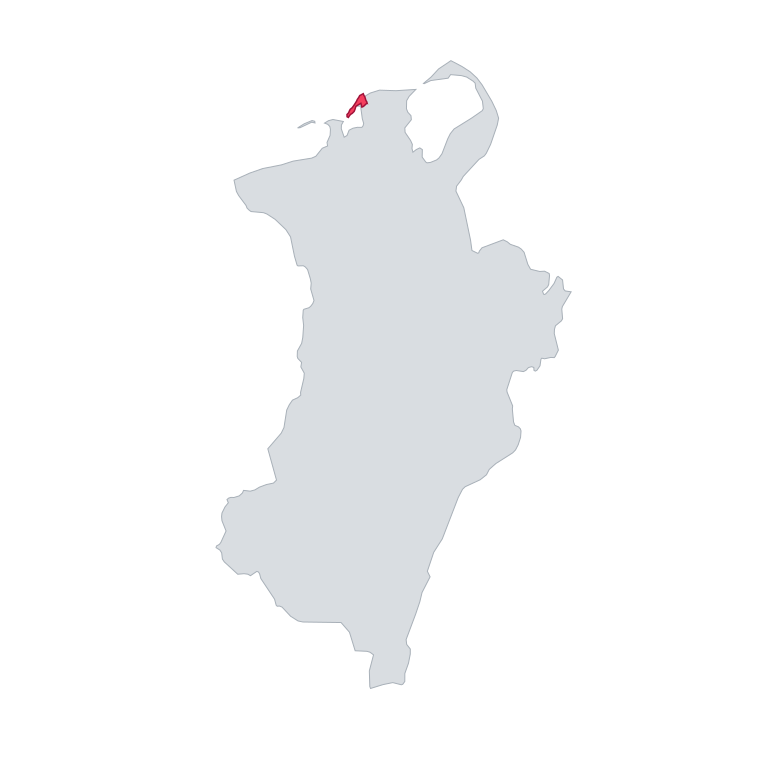 Avaza, Balkan, Turkmenistan (highlighted), rotated 75°
{"feature_id": "10190150B47051626377462", "entity_name": "Avaza", "entity_type": "district", "adm_level": 2, "iso_a3": "TKM", "parent_name": "Turkmenistan", "parent_adm1": "Balkan", "projection": "mercator", "projection_center": [52.922, 39.907], "detail": "fine", "context": "in_parent", "style": "filled", "palette": "rose", "viewbox_px": 768, "rotation_deg": 75, "n_neighbors": 0, "source": "geoboundaries", "source_scale": "gbopen_adm2", "svg_char_len": 4293}
<svg xmlns="http://www.w3.org/2000/svg" viewBox="0 0 768 768"><g transform="rotate(75 384 384)"><path d="M234.4,261.3L267.6,263.2L277.8,264.5L282.0,259.7L281.8,258.5L280.3,257.5L277.8,254.1L275.6,231.5L278.5,228.2L281.8,225.8L286.6,218.7L289.2,216.5L293.0,214.6L305.7,214.1L311.1,212.7L315.6,204.5L316.6,199.7L320.0,195.9L322.0,196.0L330.6,199.2L332.5,200.9L335.4,206.9L338.6,206.6L339.1,205.6L338.7,204.3L336.3,200.5L330.9,193.7L325.6,189.4L325.1,188.0L329.7,184.6L338.7,186.0L341.0,184.9L343.4,179.4L355.4,191.7L357.7,192.9L367.2,194.6L368.9,196.3L372.1,203.3L375.3,205.2L379.4,206.5L396.4,206.8L401.7,211.5L402.6,212.7L401.5,216.0L401.2,222.4L399.9,224.9L400.7,226.0L406.8,228.6L410.3,232.7L410.7,234.5L409.7,235.6L406.8,235.0L405.5,236.9L405.5,240.2L407.5,243.3L408.1,246.1L405.2,252.7L405.1,255.4L406.0,257.0L421.3,266.9L423.7,267.2L438.5,265.4L441.3,266.5L454.2,268.7L457.8,268.3L460.2,265.2L462.6,263.9L464.8,263.8L470.9,265.9L477.4,270.1L481.7,274.0L483.8,277.5L489.8,296.6L493.7,304.4L498.2,308.5L501.4,315.9L504.2,332.1L506.0,335.4L512.9,341.7L548.7,367.8L559.4,379.5L576.1,390.6L582.2,389.4L595.2,401.2L603.5,405.7L614.2,412.8L636.6,428.8L641.4,429.5L646.8,427.2L651.6,428.5L660.0,432.6L669.0,438.8L676.7,440.9L678.9,443.6L679.0,445.1L674.7,452.8L674.1,462.7L674.6,475.8L672.5,476.0L657.3,472.4L642.9,464.2L639.5,466.9L637.8,469.6L634.2,480.9L614.8,481.6L603.3,487.2L592.9,523.9L590.6,528.4L584.2,534.3L573.1,540.2L571.4,542.5L571.0,544.7L569.7,545.4L563.5,545.4L540.1,553.3L535.0,553.3L533.0,554.0L532.1,555.4L534.6,562.6L532.5,564.7L531.0,568.3L529.9,574.5L514.5,584.3L511.3,585.4L505.1,584.5L501.9,585.5L498.6,588.6L497.1,587.7L496.3,584.5L494.7,582.5L485.1,574.6L474.1,575.9L470.0,575.2L466.7,573.9L461.6,569.4L458.4,565.1L455.0,565.6L454.0,563.6L453.9,561.2L454.8,558.3L454.6,552.8L452.6,548.9L450.4,547.2L452.9,540.9L452.9,536.2L451.4,531.0L450.7,523.6L451.1,516.4L449.0,512.7L416.5,513.0L404.9,496.0L400.2,491.9L384.0,484.7L379.6,480.9L375.9,476.6L374.9,470.8L373.2,467.3L370.6,466.8L357.9,460.0L352.9,458.2L346.0,459.9L341.8,458.0L337.0,460.6L335.0,460.7L329.7,459.1L323.4,453.0L318.0,450.4L306.7,446.5L298.8,445.3L291.8,442.9L291.1,442.0L290.9,436.7L289.9,434.6L287.9,432.0L285.2,430.0L273.2,430.2L267.7,428.2L263.3,427.9L253.7,428.2L250.6,429.7L248.9,431.3L247.7,436.5L246.7,437.2L237.4,437.4L217.7,436.2L209.5,438.8L196.7,446.6L189.4,453.2L187.3,456.1L183.0,467.8L181.0,469.4L178.5,470.8L176.0,471.0L164.4,475.6L159.8,476.7L148.3,476.1L145.5,458.9L144.5,445.3L145.8,426.3L145.2,414.1L147.1,395.4L146.4,390.9L140.3,382.6L139.5,376.9L135.9,376.5L129.9,371.7L124.1,369.8L121.2,369.7L118.6,371.1L116.6,373.9L115.3,369.5L115.3,364.9L119.9,355.3L122.8,358.1L126.4,359.2L135.3,358.6L134.4,355.4L129.8,352.0L128.9,347.7L129.2,343.2L130.4,339.0L129.1,337.3L127.0,336.2L122.2,336.3L109.6,334.7L108.1,339.7L111.6,346.3L105.9,338.8L102.0,331.1L99.4,322.0L99.0,312.3L103.8,296.5L107.7,277.0L112.6,285.2L116.2,288.8L124.0,291.1L127.8,290.6L131.8,288.5L135.8,289.2L142.0,297.6L146.4,298.5L155.6,295.3L159.9,294.6L163.7,296.0L167.6,296.1L165.9,292.1L165.2,288.3L167.5,286.3L174.7,288.4L180.4,286.2L181.5,285.2L182.0,281.8L181.2,275.2L179.9,272.4L176.6,268.4L163.7,259.0L159.4,255.2L155.8,250.3L149.9,230.8L145.4,218.3L143.7,216.8L136.2,215.7L122.0,218.8L117.0,218.1L114.6,219.5L108.9,224.7L106.2,229.3L102.4,239.6L105.2,242.9L103.0,260.2L104.3,267.5L103.9,268.1L99.6,258.9L93.8,249.7L89.0,235.7L97.5,226.5L104.7,220.0L112.4,215.1L120.5,211.8L138.7,206.7L148.8,204.8L156.9,204.5L163.2,207.6L180.1,219.0L187.5,225.4L189.6,228.0L191.6,234.1L204.0,253.7L206.9,256.5L211.7,262.7L216.3,264.6L234.4,261.3ZM114.7,398.7L114.3,401.2L112.0,393.7L110.9,385.3L112.3,382.9L114.0,383.1L112.4,386.1L114.7,398.7Z" fill="#d9dde1" stroke="#a8b0b8" stroke-width="1"/><path d="M100.1,328.7L98.2,328.9L99.1,332.8L100.7,334.3L102.3,336.2L103.7,337.3L105.3,339.0L107.1,341.0L108.9,343.2L109.9,345.5L111.3,346.8L112.9,348.0L114.1,350.0L116.3,350.5L117.3,349.4L116.5,348.6L115.0,346.7L114.3,344.5L113.0,342.3L111.3,341.0L108.5,339.3L107.4,335.6L106.9,333.7L110.8,333.7L110.6,332.2L109.9,330.7L109.5,330.0L109.1,329.3L108.5,328.0L108.1,327.8L108.3,327.6L107.8,327.6L106.9,327.6L105.7,328.0L105.4,328.1L105.1,328.1L101.4,328.2L100.2,328.7L100.1,328.7Z" fill="#f43f5e" stroke="#9f1239" stroke-width="1.5"/></g></svg>